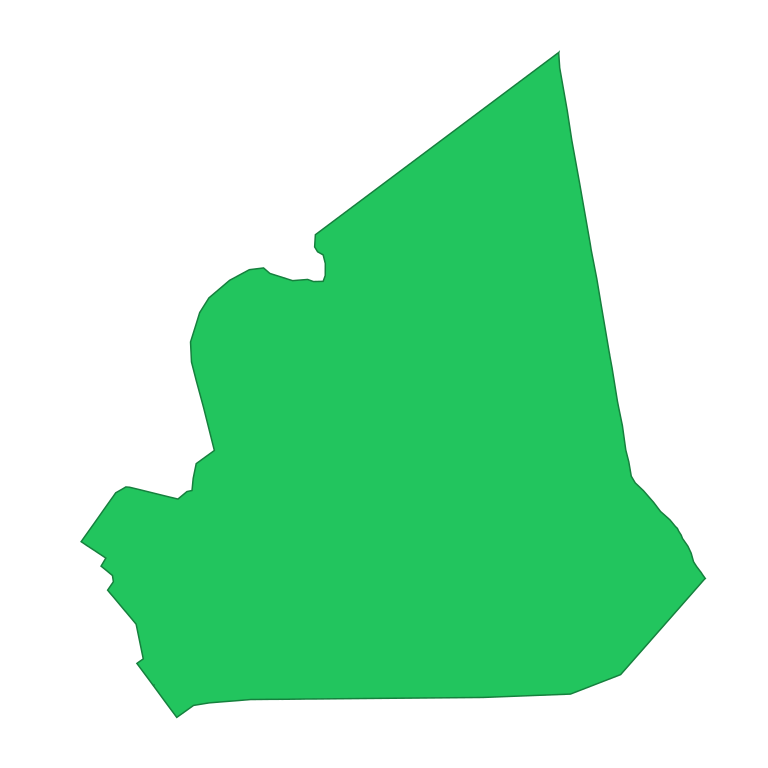 outline of Kota Sungai Penuh, Jambi, Indonesia, rotated 177°
{"feature_id": "22746128B31453944142504", "entity_name": "Kota Sungai Penuh", "entity_type": "district", "adm_level": 2, "iso_a3": "IDN", "parent_name": "Indonesia", "parent_adm1": "Jambi", "projection": "mercator", "projection_center": [101.365, -2.138], "detail": "fine", "context": "isolated", "style": "filled", "palette": "green", "viewbox_px": 768, "rotation_deg": 177, "n_neighbors": 0, "source": "geoboundaries", "source_scale": "gbopen_adm2", "svg_char_len": 1936}
<svg xmlns="http://www.w3.org/2000/svg" viewBox="0 0 768 768"><g transform="rotate(177 384 384)"><path d="M73.3,172.9L76.1,177.3L76.9,178.8L81.4,185.4L83.9,189.8L84.2,190.4L86.1,199.0L89.0,206.1L94.0,214.1L95.1,217.5L97.4,221.6L98.6,224.5L100.5,226.5L105.6,233.4L114.5,242.2L115.8,244.1L117.5,246.6L120.8,251.5L129.1,262.1L130.5,263.9L138.3,272.1L141.9,279.0L143.6,293.4L146.0,305.4L148.1,329.9L150.9,348.3L151.8,354.6L155.4,388.1L156.6,397.2L157.1,401.0L157.1,401.6L157.4,403.6L163.0,451.7L164.4,464.1L166.0,478.1L170.1,507.2L170.7,513.0L178.1,573.8L181.7,601.9L183.7,617.5L186.7,647.5L192.0,690.6L192.0,692.5L192.1,697.5L192.2,705.3L192.0,706.1L193.2,705.1L193.3,705.2L444.7,536.7L446.1,524.5L443.4,519.5L438.0,516.1L436.3,507.4L437.0,495.4L439.4,489.7L449.1,490.0L454.8,492.4L469.9,492.0L492.2,500.4L498.2,506.2L503.9,505.8L512.5,505.2L532.8,495.6L554.3,479.2L564.3,465.0L569.0,452.2L575.0,436.1L575.1,416.1L571.3,397.2L565.4,369.9L556.9,326.5L569.1,318.6L575.7,314.3L579.5,299.7L581.3,287.7L586.4,286.9L595.0,280.5L595.8,279.9L601.5,281.6L603.3,282.1L614.2,285.4L633.3,291.2L637.7,292.5L643.4,294.2L647.2,294.7L651.0,292.7L657.6,289.4L659.0,287.6L660.3,285.9L662.0,283.8L671.1,272.3L677.5,264.1L682.1,258.3L682.9,257.3L690.6,247.6L694.7,242.4L688.9,238.0L682.3,233.2L670.9,224.7L676.1,216.9L671.2,212.5L665.8,207.5L665.2,207.0L664.6,200.7L670.8,192.6L668.3,189.2L666.1,186.4L654.1,170.4L653.9,170.2L646.4,160.2L644.1,157.1L638.8,122.1L641.0,120.7L642.5,119.8L645.4,117.9L638.9,108.1L633.3,99.7L630.1,94.8L629.6,95.1L629.7,94.2L626.4,89.2L620.0,79.4L613.9,70.2L608.4,61.9L591.0,73.0L575.4,74.7L562.0,75.1L545.6,75.5L539.9,75.7L536.3,75.8L533.6,75.9L529.6,75.7L522.4,75.4L512.8,75.0L512.7,75.0L507.6,74.7L503.8,74.6L502.8,74.5L496.5,74.2L493.2,74.1L483.8,73.7L478.0,73.5L472.1,73.2L465.5,72.9L448.7,72.2L301.8,65.8L214.0,64.6L162.9,81.4L88.4,157.7L74.0,172.5L73.3,172.9Z" fill="#22c55e" stroke="#15803d" stroke-width="1.5"/></g></svg>